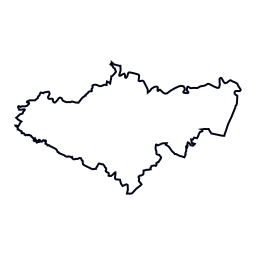 outline of Kota Banjar, Jawa Barat, Indonesia
{"feature_id": "22746128B64728543729693", "entity_name": "Kota Banjar", "entity_type": "district", "adm_level": 2, "iso_a3": "IDN", "parent_name": "Indonesia", "parent_adm1": "Jawa Barat", "projection": "orthographic", "projection_center": [108.553, -7.381], "detail": "fine", "context": "isolated", "style": "outline", "palette": "ink", "viewbox_px": 256, "rotation_deg": 0, "n_neighbors": 0, "source": "geoboundaries", "source_scale": "gbopen_adm2", "svg_char_len": 5715}
<svg xmlns="http://www.w3.org/2000/svg" viewBox="0 0 256 256"><path d="M237.3,95.8L235.7,94.8L234.7,93.7L234.5,92.6L234.9,91.6L235.7,91.0L239.5,91.1L240.4,90.6L240.6,90.0L240.6,89.5L238.4,86.2L237.2,83.7L235.7,82.7L232.1,81.2L230.6,80.2L229.2,80.8L227.1,82.6L225.5,83.1L225.0,83.1L224.0,82.4L221.5,78.1L220.9,77.9L220.1,78.2L219.7,78.7L219.5,79.4L219.8,84.3L219.4,86.7L219.0,87.5L218.5,87.8L217.6,87.9L216.8,87.7L213.5,86.3L208.8,83.8L207.6,83.9L205.7,85.1L204.6,85.6L200.3,86.4L197.7,87.9L197.0,88.0L193.1,87.9L191.4,88.2L189.7,87.8L188.6,86.9L187.8,86.7L187.5,86.9L187.1,87.8L186.8,89.7L186.9,90.4L188.3,92.0L188.4,92.4L188.2,92.8L187.7,93.0L186.6,93.1L185.1,93.0L183.7,92.6L183.4,92.3L183.4,91.6L184.5,90.3L184.7,89.6L184.6,88.1L183.6,86.4L182.9,86.1L180.6,85.9L178.8,86.4L174.1,88.6L170.4,90.8L167.0,93.4L165.7,93.6L164.1,93.3L162.5,92.1L160.5,90.1L159.9,89.7L159.2,89.8L158.4,90.8L158.0,90.9L157.6,90.6L157.5,89.5L157.8,87.6L157.6,87.1L157.0,86.7L156.1,86.6L154.4,86.9L152.1,88.3L151.4,88.9L150.0,90.8L147.8,92.6L147.8,90.5L147.4,88.7L143.8,81.6L143.1,80.9L142.5,80.7L139.4,81.2L138.8,80.9L138.6,80.6L139.1,76.7L139.1,75.7L138.7,74.8L137.9,74.4L133.7,73.2L129.7,72.4L128.9,72.5L128.2,73.1L127.3,76.2L126.5,77.4L126.1,77.8L125.6,77.8L125.2,77.5L124.9,74.8L124.3,73.7L123.1,74.0L121.0,75.4L119.8,75.8L119.4,75.7L119.3,74.8L120.3,71.7L120.6,69.8L120.4,65.8L119.4,65.8L114.0,64.4L111.7,62.3L111.7,62.6L111.7,63.4L111.6,63.6L110.8,63.8L110.5,64.4L112.0,65.3L113.6,67.8L114.7,68.5L116.0,71.8L112.7,75.7L111.3,76.3L111.1,78.8L110.6,80.6L110.4,82.7L110.1,83.5L109.3,82.6L107.0,81.5L106.4,84.3L106.6,84.3L106.6,85.0L105.0,84.8L103.9,84.9L101.6,86.0L99.7,86.2L96.6,84.9L95.7,84.7L93.6,84.9L92.6,85.5L92.4,85.7L92.6,87.6L91.5,89.2L91.9,90.5L91.6,91.3L89.6,91.4L88.6,91.8L87.7,93.2L86.8,93.7L86.7,94.1L86.2,94.3L85.7,95.5L85.2,95.3L84.1,96.6L83.4,96.9L81.7,98.5L78.5,102.7L76.0,102.6L72.0,101.5L70.3,102.2L68.4,102.0L67.4,102.2L65.7,102.0L62.8,100.6L62.1,99.1L61.5,98.2L60.6,97.7L59.7,97.7L58.8,98.1L57.3,100.3L55.4,102.3L54.6,102.6L54.2,102.5L53.6,102.1L52.9,101.0L52.8,100.7L53.0,99.7L52.7,99.0L51.7,98.6L50.4,98.9L49.2,98.9L48.6,98.6L48.1,97.9L48.0,97.1L49.6,93.9L49.4,92.8L48.9,91.8L47.9,91.7L46.8,92.1L44.9,92.2L44.4,92.4L43.2,93.2L40.9,92.5L40.4,92.9L39.3,95.6L38.2,96.3L37.8,98.1L36.1,99.3L35.4,100.1L34.9,100.3L29.8,100.3L27.1,101.5L26.9,101.9L27.0,102.2L27.6,102.6L28.9,102.8L29.1,103.2L28.8,104.1L27.1,105.7L26.5,106.0L24.9,106.4L22.5,106.3L21.1,106.5L20.6,106.9L18.7,106.1L18.2,106.5L18.1,107.2L19.2,109.8L24.4,109.3L24.8,109.5L24.8,110.0L23.2,111.7L22.6,113.5L19.7,114.5L18.4,115.9L16.2,117.8L18.4,119.8L21.4,121.5L20.6,122.2L18.3,126.3L16.2,125.5L15.4,125.5L15.6,126.0L17.3,127.1L17.8,128.5L17.7,129.4L18.5,129.4L19.6,130.5L21.5,131.2L21.8,131.8L21.6,132.8L21.7,133.2L23.7,133.2L24.3,133.9L24.5,134.6L25.6,135.3L26.3,134.8L27.0,134.8L27.6,135.2L28.5,134.8L29.0,135.2L29.6,135.0L30.3,135.6L31.2,135.8L31.6,136.8L32.6,137.5L32.9,138.0L33.3,138.1L33.8,139.2L33.7,140.6L34.2,141.1L34.7,140.9L35.3,140.1L34.8,138.7L35.0,138.4L35.9,140.1L36.6,140.6L36.4,142.0L36.7,142.6L36.9,142.6L37.6,142.1L39.6,141.8L39.7,140.9L38.9,141.0L38.4,140.7L38.6,140.1L39.1,139.8L39.7,140.0L40.5,141.0L41.7,141.7L42.0,141.6L43.2,140.2L44.1,140.6L44.4,140.9L45.1,140.3L45.6,140.4L46.0,141.0L46.0,141.5L45.4,143.3L45.5,143.8L46.6,144.1L47.7,145.5L48.0,145.5L48.9,145.1L49.4,145.7L55.7,148.9L56.9,150.2L57.6,152.0L58.4,152.1L58.9,152.5L59.1,152.7L59.0,153.0L59.3,153.2L64.3,155.3L65.4,156.2L66.7,156.7L67.4,156.7L68.1,156.4L68.6,156.6L69.5,156.5L71.1,157.2L72.0,156.8L72.3,157.2L72.1,158.1L73.3,159.2L74.5,159.3L75.8,158.8L77.2,159.0L79.7,158.0L80.9,158.2L81.8,160.3L82.6,160.7L83.0,164.2L84.7,165.5L91.7,168.9L93.1,169.2L95.8,168.8L95.7,168.6L97.0,166.7L98.7,163.6L99.3,163.5L100.9,164.1L103.1,164.3L104.5,166.1L105.0,167.3L106.1,168.2L106.2,169.9L105.7,170.8L105.8,171.3L106.8,172.2L108.1,172.6L108.5,172.9L108.8,173.9L108.6,175.7L109.2,176.0L111.2,175.9L113.5,174.0L114.5,172.8L115.4,172.4L115.5,173.8L115.0,177.4L115.2,178.8L115.5,179.2L116.4,179.4L120.0,179.7L120.8,183.1L121.3,184.1L122.6,186.0L123.6,185.4L124.8,185.1L125.9,184.4L126.5,184.4L127.5,184.8L127.8,185.9L127.7,186.5L127.9,189.6L127.0,193.6L128.1,193.5L129.5,193.7L131.0,193.6L132.2,193.2L136.2,188.8L140.6,185.4L141.5,184.3L138.9,181.1L138.9,180.1L139.2,178.4L138.7,177.7L138.5,177.1L138.6,176.8L139.3,176.0L139.8,175.7L141.2,175.5L141.7,175.2L142.6,174.9L143.4,174.0L143.6,170.5L144.2,170.5L146.7,169.8L149.1,169.7L149.5,169.4L150.7,169.3L150.6,167.7L151.2,166.9L151.2,166.5L151.6,166.0L154.3,165.4L155.8,165.9L156.6,164.8L156.3,163.2L157.5,162.5L157.6,162.2L158.2,162.2L158.6,161.9L160.7,158.7L161.1,157.8L161.0,157.1L160.3,156.3L159.1,154.8L158.1,154.8L157.0,154.4L156.4,153.6L156.4,151.3L155.9,150.2L155.5,148.0L156.0,144.7L156.4,144.5L157.9,145.4L162.1,143.5L164.2,143.2L166.7,143.2L165.8,144.8L167.4,145.6L169.1,147.0L171.9,151.0L172.7,151.9L173.6,152.5L174.8,154.1L175.7,154.0L176.4,154.2L178.4,155.3L180.6,156.2L182.3,156.5L184.3,157.3L185.3,155.5L185.3,154.7L185.6,154.4L185.4,154.0L185.5,152.7L186.2,151.2L186.3,148.3L186.0,147.0L186.3,146.4L187.2,147.2L187.6,146.1L187.3,144.3L187.7,142.6L187.9,142.4L188.2,142.6L188.6,142.6L190.5,144.7L190.5,145.1L191.0,145.3L192.4,145.3L192.6,145.7L192.9,145.7L193.5,145.2L193.4,144.4L194.6,144.3L194.9,143.9L191.8,142.9L191.2,139.4L192.5,139.7L193.0,139.4L194.0,137.6L197.0,138.2L198.1,136.2L199.1,133.4L200.2,131.9L201.1,131.7L202.3,131.2L202.1,129.6L201.6,129.4L205.2,128.9L206.4,129.1L208.7,129.0L209.5,130.6L211.3,133.4L222.1,135.7L224.3,135.8L225.1,132.9L225.8,131.2L228.1,124.1L231.7,116.4L235.3,107.4L235.6,105.8L236.3,105.1L236.7,104.2L237.0,102.5L237.3,95.8Z" fill="none" stroke="#020617" stroke-width="2"/></svg>